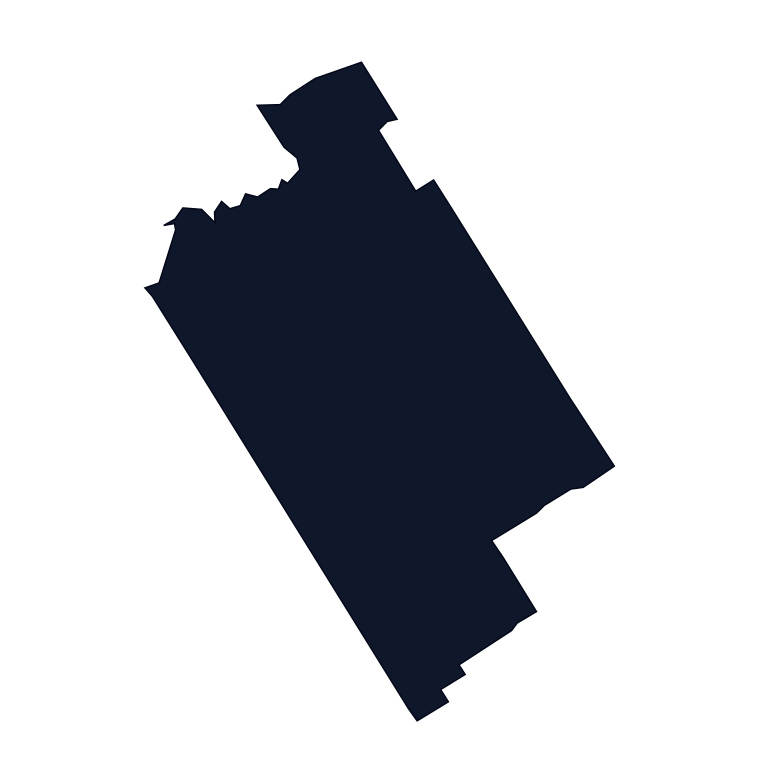 the district of Glenn, California, United States of America, rotated 238°
{"feature_id": "52423323B940291063109", "entity_name": "Glenn", "entity_type": "district", "adm_level": 2, "iso_a3": "USA", "parent_name": "United States of America", "parent_adm1": "California", "projection": "mercator", "projection_center": [-122.275, 39.592], "detail": "fine", "context": "isolated", "style": "filled", "palette": "ink", "viewbox_px": 768, "rotation_deg": 238, "n_neighbors": 0, "source": "geoboundaries", "source_scale": "gbopen_adm2", "svg_char_len": 801}
<svg xmlns="http://www.w3.org/2000/svg" viewBox="0 0 768 768"><g transform="rotate(238 384 384)"><path d="M80.8,233.6L80.4,270.2L94.9,270.1L94.7,298.9L106.1,298.8L107.3,361.5L110.7,370.3L110.2,392.7L173.5,393.1L194.2,392.3L193.7,444.8L196.1,455.8L195.9,486.8L190.8,498.1L192.3,535.8L273.4,534.2L499.1,534.4L530.7,534.2L530.7,513.1L602.1,513.8L604.9,525.8L601.6,535.4L668.8,535.4L679.6,487.6L679.1,457.7L675.9,444.0L687.6,424.1L637.8,424.7L621.7,430.0L610.4,426.3L605.3,408.6L611.4,405.7L605.2,397.7L609.9,391.1L609.5,375.9L618.6,367.4L611.4,356.6L614.3,346.2L624.9,343.0L619.6,331.4L610.3,326.1L628.7,321.9L639.9,306.7L634.6,294.3L635.2,281.2L631.1,291.4L625.1,288.9L588.9,246.8L592.2,232.2L581.0,234.0L507.0,234.1L95.3,232.7L80.8,233.6Z" fill="#0f172a" stroke="#020617" stroke-width="1.5"/></g></svg>